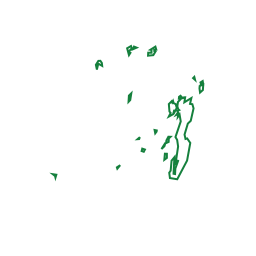 Stykkishólmsbær, Vesturland, Iceland (orthographic projection), rotated 321°
{"feature_id": "244011B37463664010444", "entity_name": "Stykkishólmsbær", "entity_type": "district", "adm_level": 2, "iso_a3": "ISL", "parent_name": "Iceland", "parent_adm1": "Vesturland", "projection": "orthographic", "projection_center": [-22.794, 65.108], "detail": "medium", "context": "isolated", "style": "outline", "palette": "green", "viewbox_px": 256, "rotation_deg": 321, "n_neighbors": 0, "source": "geoboundaries", "source_scale": "gbopen_adm2", "svg_char_len": 1942}
<svg xmlns="http://www.w3.org/2000/svg" viewBox="0 0 256 256"><g transform="rotate(321 128 128)"><path d="M167.4,173.3L165.8,172.7L167.8,168.7L177.3,162.2L181.3,161.9L191.3,154.0L193.0,150.0L191.4,148.3L196.1,144.6L188.0,143.5L191.6,140.2L189.2,139.2L189.1,136.0L187.3,135.9L186.1,137.1L188.9,138.5L183.2,139.2L180.0,142.2L178.9,144.9L179.1,146.3L177.0,145.8L176.8,147.3L173.8,148.2L175.9,148.7L173.7,150.8L176.5,150.1L173.1,156.1L159.2,164.9L158.7,168.2L155.3,173.9L141.4,186.7L147.0,184.6L139.3,189.3L135.6,193.4L134.6,192.2L145.7,179.9L141.3,180.8L134.3,188.0L131.9,188.7L129.1,193.3L134.0,198.8L153.4,190.5L167.0,178.8L167.4,173.3ZM178.7,134.7L174.8,135.1L170.6,141.3L170.6,143.1L166.9,144.8L171.8,145.7L175.4,143.0L174.5,144.8L178.5,143.1L180.1,139.5L179.1,137.4L180.0,135.3L178.4,136.0L178.7,134.7ZM200.5,82.0L194.7,81.3L195.4,82.1L193.6,84.3L191.1,82.2L189.1,84.4L193.5,87.3L197.4,85.9L196.8,84.9L197.6,83.7L199.3,84.9L200.5,82.0ZM147.2,57.2L142.8,58.7L140.6,63.0L145.4,59.3L147.0,63.5L148.6,61.0L148.8,58.4L147.2,57.2ZM181.9,66.2L177.5,65.5L174.6,72.0L177.2,71.1L176.8,69.6L177.8,68.9L181.1,68.4L181.9,66.2ZM213.9,141.5L210.1,140.5L208.4,142.3L206.3,145.8L210.1,145.6L213.9,141.5ZM136.2,175.6L139.4,175.7L142.0,172.5L140.5,171.2L136.2,175.6ZM152.4,103.1L149.1,103.4L144.9,108.0L147.3,107.7L152.4,103.1ZM153.9,160.2L150.1,161.8L148.1,163.7L150.8,164.4L153.1,161.8L155.5,161.6L153.9,160.2ZM215.6,138.5L212.2,138.1L213.5,138.8L212.3,139.7L214.0,141.3L215.6,138.5ZM144.8,165.1L147.9,163.0L140.8,165.4L144.8,165.1ZM127.6,155.4L126.1,153.0L124.1,154.5L125.3,156.4L127.6,155.4ZM98.5,152.0L94.6,151.6L94.1,152.9L98.5,152.0ZM40.4,120.9L42.9,119.2L40.5,116.6L41.1,119.4L40.4,120.9ZM145.8,149.3L147.9,148.8L148.8,148.0L147.4,146.3L145.8,149.3ZM185.3,71.0L183.9,68.5L181.4,69.9L185.3,71.0ZM210.4,132.8L211.7,130.0L210.0,130.2L210.4,132.8ZM129.7,143.6L131.4,142.6L128.4,142.7L129.7,143.6Z" fill="none" stroke="#15803d" stroke-width="2"/></g></svg>